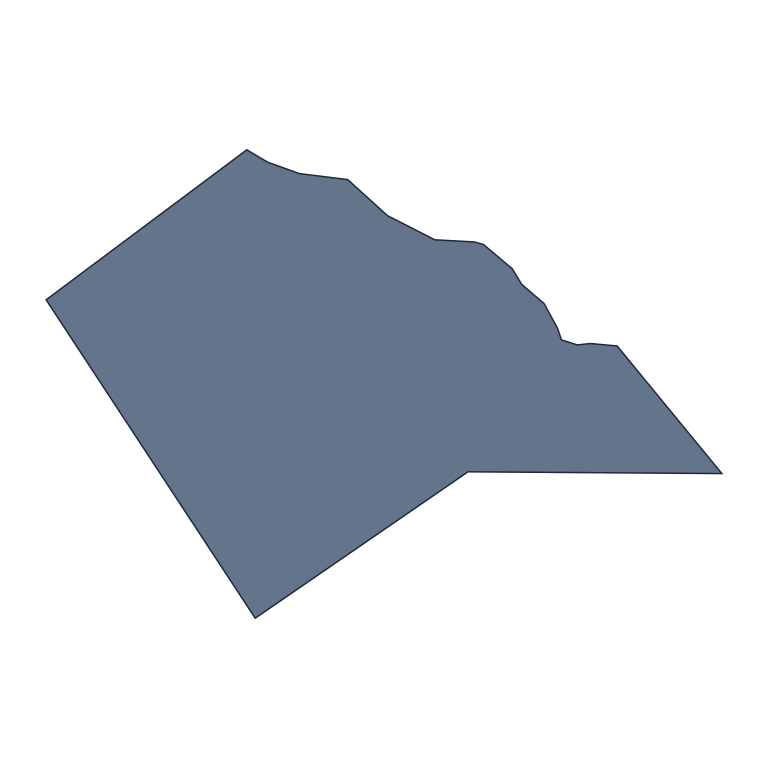 10 Ramadan 2, Al Qahirah, Egypt (Albers equal-area conic projection), rotated 270°
{"feature_id": "37247803B93568001164514", "entity_name": "10 Ramadan 2", "entity_type": "district", "adm_level": 2, "iso_a3": "EGY", "parent_name": "Egypt", "parent_adm1": "Al Qahirah", "projection": "albers", "projection_center": [31.709, 30.237], "detail": "fine", "context": "isolated", "style": "filled", "palette": "slate", "viewbox_px": 768, "rotation_deg": 270, "n_neighbors": 0, "source": "geoboundaries", "source_scale": "gbopen_adm2", "svg_char_len": 469}
<svg xmlns="http://www.w3.org/2000/svg" viewBox="0 0 768 768"><g transform="rotate(270 384 384)"><path d="M618.2,246.8L468.2,46.1L458.3,52.6L149.8,255.2L296.2,468.0L294.5,712.2L294.4,721.9L414.0,623.7L422.0,617.2L424.5,590.4L423.1,577.3L428.1,561.5L439.8,557.5L464.4,544.1L483.6,521.7L499.2,512.3L523.6,483.3L526.1,474.1L528.2,434.8L552.4,387.4L588.4,347.7L594.4,299.3L605.8,267.7L611.6,257.8L618.2,246.8Z" fill="#64748b" stroke="#1e293b" stroke-width="1.5"/></g></svg>